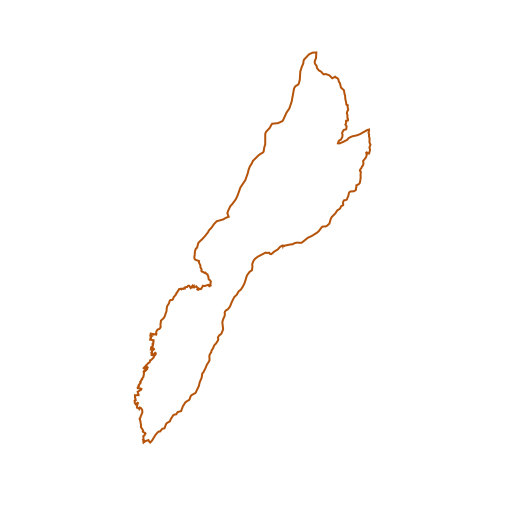 Los Patios, Norte de Santander, Colombia, rotated 198°
{"feature_id": "7082276B52790830611795", "entity_name": "Los Patios", "entity_type": "district", "adm_level": 2, "iso_a3": "COL", "parent_name": "Colombia", "parent_adm1": "Norte de Santander", "projection": "equal_earth", "projection_center": [-72.512, 7.753], "detail": "fine", "context": "isolated", "style": "outline", "palette": "amber", "viewbox_px": 512, "rotation_deg": 198, "n_neighbors": 0, "source": "geoboundaries", "source_scale": "gbopen_adm2", "svg_char_len": 6068}
<svg xmlns="http://www.w3.org/2000/svg" viewBox="0 0 512 512"><g transform="rotate(198 256 256)"><path d="M261.5,468.2L265.0,466.9L267.9,464.2L271.0,457.6L271.0,455.6L270.6,454.2L270.6,452.6L270.9,450.6L270.9,445.2L268.8,437.1L268.6,433.0L268.9,432.1L271.0,429.6L271.6,427.2L269.8,413.9L269.9,406.6L271.3,401.7L272.2,393.6L272.7,392.3L276.2,389.1L281.5,386.8L281.9,385.6L282.5,382.1L284.8,377.2L285.0,375.2L281.7,364.9L281.7,361.7L281.0,357.6L281.6,356.2L283.3,354.5L284.7,352.5L288.3,345.6L288.6,342.8L289.5,339.3L289.7,335.6L289.4,332.5L289.6,324.8L292.0,316.4L292.2,308.1L292.7,303.8L294.7,297.8L295.8,295.5L296.5,290.2L296.4,287.7L294.1,284.9L296.2,283.2L298.6,280.6L304.1,276.9L305.8,273.4L307.0,269.3L308.6,266.0L309.0,263.7L310.5,259.6L312.3,255.5L314.5,251.6L314.9,250.3L314.6,245.7L315.5,244.4L315.5,241.5L314.5,237.5L314.4,236.1L313.7,234.5L312.6,233.7L308.6,233.6L308.3,232.2L305.9,229.8L305.6,228.4L303.6,226.4L303.4,225.0L302.9,224.5L301.2,224.5L299.7,224.0L298.9,224.6L297.9,223.8L296.4,223.5L295.7,222.3L295.2,222.1L293.7,219.1L292.2,218.7L291.1,217.8L291.1,216.9L290.8,216.5L290.6,214.5L290.0,213.9L291.0,212.8L291.5,213.1L291.9,213.9L292.4,213.9L295.6,211.5L297.2,211.4L298.1,207.5L299.8,207.3L300.0,206.5L300.6,205.9L301.5,206.1L301.3,207.6L302.7,208.1L303.3,208.7L303.9,208.1L304.8,207.9L305.3,206.9L305.7,207.0L306.0,208.1L306.8,206.8L307.3,207.8L308.3,205.4L310.1,207.0L310.9,207.0L311.6,206.4L311.9,205.2L313.7,204.4L313.7,203.0L314.6,203.1L315.0,202.2L316.1,202.1L316.6,201.3L317.3,201.7L317.9,201.1L318.9,200.8L319.1,199.3L319.6,198.3L319.6,197.3L320.2,196.5L320.0,195.5L320.4,194.9L320.4,194.0L321.5,191.7L321.7,188.9L321.9,188.5L323.8,187.6L324.2,186.9L324.2,183.9L325.0,180.9L324.7,178.5L324.1,176.1L324.2,170.1L324.6,168.4L326.4,165.2L325.7,161.4L324.7,158.8L325.3,156.8L326.9,155.6L327.4,153.6L327.2,151.3L326.7,151.2L326.6,150.4L332.1,149.7L331.9,147.6L330.3,147.7L330.7,147.2L330.6,145.6L331.0,145.5L330.8,143.7L327.6,144.2L327.6,143.5L327.1,143.4L326.8,141.9L327.3,140.6L326.9,139.6L326.5,139.9L326.3,138.6L326.7,137.6L327.2,137.3L327.1,136.8L327.5,136.5L327.2,135.0L326.0,136.2L325.0,136.5L324.2,135.9L325.6,133.6L325.3,133.2L325.6,132.0L324.9,131.9L324.7,131.6L324.6,131.3L325.2,131.3L325.2,130.7L324.6,130.6L324.6,129.6L323.3,129.8L322.0,132.8L321.2,132.5L321.0,131.7L322.0,128.9L322.1,127.5L323.7,124.5L324.4,124.1L324.3,121.9L325.2,121.1L328.2,114.7L327.0,114.3L325.2,116.8L324.6,116.5L325.0,115.2L324.6,114.9L325.7,112.5L326.9,112.1L327.1,111.3L326.5,111.0L326.6,110.3L326.0,108.7L326.0,107.3L325.7,106.4L326.6,103.6L326.2,103.3L326.8,102.2L326.9,100.8L327.1,100.8L327.2,100.6L326.7,100.4L326.6,99.2L327.0,99.0L327.2,97.6L327.6,97.4L327.7,95.6L327.3,95.6L327.7,94.4L327.3,94.4L327.3,93.8L324.8,94.3L324.5,94.1L323.9,94.2L323.8,93.8L324.1,93.1L326.6,90.3L326.1,89.4L325.1,88.3L324.7,87.4L328.1,86.2L328.0,85.6L327.5,85.0L327.4,84.0L326.2,82.6L326.5,81.8L326.0,81.4L326.7,80.8L325.8,78.7L324.4,77.7L323.7,79.2L322.6,80.4L323.2,78.0L322.9,78.0L322.4,75.0L320.2,74.9L319.8,74.5L319.6,76.0L318.4,75.8L316.7,74.5L315.7,72.1L316.1,67.8L316.0,66.4L316.3,65.9L316.4,65.0L315.9,64.7L315.0,63.3L312.9,59.2L312.7,57.8L310.2,55.9L309.5,55.2L309.5,54.2L309.0,53.8L306.7,53.4L306.2,53.0L306.7,51.9L306.6,50.9L307.5,49.9L306.5,47.3L306.7,46.5L305.7,46.2L306.0,45.2L305.3,43.8L304.1,45.6L301.4,47.7L300.1,46.4L299.0,45.9L297.9,48.2L296.3,54.8L295.1,57.6L294.3,59.0L293.1,59.4L291.7,62.7L289.8,63.9L289.6,68.5L289.0,69.8L286.8,72.1L286.7,74.2L285.5,79.0L284.7,79.9L283.0,80.7L282.3,83.3L279.3,85.4L279.1,90.5L278.0,94.8L277.2,96.1L275.1,98.5L274.8,99.9L274.9,101.8L274.5,103.5L271.2,107.1L270.2,114.4L270.5,118.6L270.1,123.5L270.8,127.8L270.1,129.0L269.4,133.6L269.1,137.6L268.2,140.8L268.0,142.2L268.5,144.1L269.5,146.4L269.5,148.3L268.8,150.9L269.1,152.3L268.3,155.0L268.2,157.5L267.9,158.7L267.0,160.4L266.1,163.9L266.2,165.4L267.0,166.5L266.9,167.6L266.4,169.3L265.6,170.2L264.9,171.6L264.6,176.1L267.6,182.7L267.7,185.9L267.3,189.2L267.6,190.8L268.3,192.6L268.3,193.6L267.7,195.1L266.3,196.6L265.6,198.4L265.1,200.1L264.8,204.8L264.0,210.1L262.3,213.3L261.6,217.0L260.0,219.4L259.0,223.2L258.5,226.8L258.6,233.9L258.4,235.4L257.2,239.0L255.5,241.1L256.0,244.5L257.1,247.1L256.9,250.6L256.1,253.0L254.0,256.0L247.8,262.3L246.8,262.2L244.4,263.2L243.5,262.4L242.2,262.4L241.1,263.9L240.4,265.4L237.3,269.0L235.9,272.2L234.4,273.8L233.7,274.1L233.5,273.8L233.5,274.3L232.3,274.3L232.3,274.5L226.7,277.7L225.0,278.3L223.2,280.2L221.2,281.4L217.3,282.4L216.4,283.1L212.3,289.4L209.3,292.1L205.0,297.3L203.9,299.2L202.3,303.9L201.5,304.7L198.8,305.7L198.0,306.4L196.2,309.5L196.4,314.3L196.0,316.5L193.7,321.1L192.8,324.5L190.8,326.9L190.4,329.6L188.8,331.3L189.7,333.6L189.8,334.9L189.5,336.1L187.6,337.2L187.1,337.8L186.8,342.3L187.1,344.4L186.9,345.5L186.1,346.6L183.1,347.7L181.6,349.3L181.4,349.9L181.9,351.6L181.8,352.7L182.4,354.2L180.6,355.9L180.0,357.0L179.9,358.2L180.6,362.6L181.8,366.0L182.2,368.0L182.5,368.7L183.5,369.1L183.7,370.0L182.9,372.5L182.9,373.7L182.4,374.8L182.3,376.3L182.3,377.0L183.5,379.4L181.9,383.7L181.9,386.3L183.1,388.2L182.7,388.8L181.1,388.2L180.1,388.4L180.3,391.4L180.4,392.3L181.7,394.4L181.5,397.2L183.2,399.1L184.3,402.9L185.5,404.7L186.1,406.8L187.1,407.9L187.2,410.1L187.6,411.2L189.2,410.1L194.8,404.0L197.2,402.0L201.2,399.7L203.1,398.1L204.6,396.3L205.0,394.9L208.5,391.3L211.5,388.8L212.9,388.5L212.9,390.7L212.4,391.8L211.2,393.0L210.7,395.7L211.1,398.0L212.1,399.5L212.1,400.7L211.4,403.1L209.7,404.1L209.4,404.6L209.9,407.4L211.6,408.6L211.4,410.5L212.2,412.3L212.0,412.7L210.5,413.2L210.5,413.8L211.2,415.2L211.8,415.6L212.5,418.1L213.8,420.0L213.9,421.4L213.5,423.6L214.9,426.0L215.2,427.5L215.5,427.9L216.5,427.7L216.9,428.1L218.0,430.4L219.5,432.8L220.9,436.2L221.7,437.2L223.6,440.8L227.2,442.4L229.6,446.3L231.1,447.5L232.2,449.3L233.5,450.3L235.0,450.4L236.0,451.0L238.4,448.6L242.1,450.5L243.4,450.6L245.9,450.6L247.9,449.6L251.2,451.5L253.5,451.9L256.1,453.6L257.0,455.4L259.4,457.2L260.1,458.5L260.3,460.0L260.1,462.7L261.5,468.2Z" fill="none" stroke="#b45309" stroke-width="2"/></g></svg>